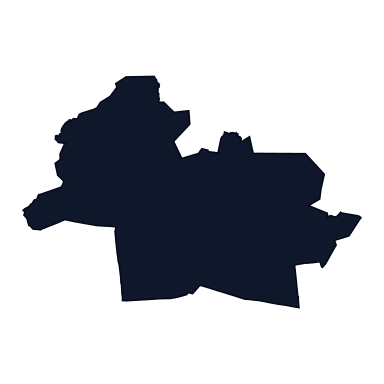 Veclaicenes pag., Aluksne, Latvia
{"feature_id": "27541924B82346412171752", "entity_name": "Veclaicenes pag.", "entity_type": "district", "adm_level": 2, "iso_a3": "LVA", "parent_name": "Latvia", "parent_adm1": "Aluksne", "projection": "orthographic", "projection_center": [26.921, 57.59], "detail": "fine", "context": "isolated", "style": "filled", "palette": "ink", "viewbox_px": 384, "rotation_deg": 0, "n_neighbors": 0, "source": "geoboundaries", "source_scale": "gbopen_adm2", "svg_char_len": 5406}
<svg xmlns="http://www.w3.org/2000/svg" viewBox="0 0 384 384"><path d="M28.7,225.4L30.4,226.0L30.9,226.8L31.0,226.8L32.8,229.0L34.6,229.3L37.8,229.4L40.4,229.9L41.0,229.4L46.4,227.2L56.8,223.1L64.9,219.6L66.0,219.8L74.8,221.7L77.4,222.1L85.5,223.6L97.2,225.6L111.4,226.4L116.0,226.9L115.0,231.6L115.4,235.1L115.5,236.3L115.7,237.9L115.9,241.3L116.8,249.4L117.1,252.8L117.7,256.3L118.1,260.4L118.3,261.6L119.0,264.1L119.7,268.9L119.8,270.2L119.9,270.9L120.2,273.2L120.4,275.3L120.6,276.4L121.0,283.2L121.5,284.8L122.0,294.1L122.2,295.4L122.5,297.6L122.5,299.1L122.4,300.6L126.4,300.8L131.0,300.5L154.3,299.1L156.3,298.9L162.7,298.6L170.0,298.5L177.4,297.2L180.8,296.3L186.7,294.6L188.7,292.3L189.5,292.9L192.7,293.7L193.6,292.5L194.6,291.5L199.9,285.3L202.2,285.9L208.7,287.8L216.8,290.4L222.2,292.0L229.7,294.4L232.5,295.2L236.1,296.4L242.8,298.5L244.9,299.2L248.8,299.4L254.5,300.1L258.8,300.5L267.2,302.1L269.5,302.6L277.7,304.1L285.5,305.2L292.8,306.6L299.0,307.7L298.5,302.4L298.2,296.6L298.3,296.5L297.8,296.0L297.0,288.0L296.9,288.0L296.8,286.6L296.1,279.0L294.6,265.0L298.4,264.3L302.7,263.6L305.6,263.0L306.3,263.3L306.5,263.2L312.6,262.7L319.5,261.8L319.8,261.9L320.3,262.5L321.3,266.2L321.7,266.6L321.8,267.1L322.6,267.4L324.5,264.8L324.9,264.5L325.1,264.4L325.5,263.9L329.4,257.0L332.2,251.9L335.4,246.4L336.2,245.2L334.6,240.3L345.2,237.1L346.2,236.8L349.0,235.9L358.1,221.8L361.0,217.6L358.5,215.9L341.2,212.9L340.6,212.2L339.7,213.4L338.5,214.7L337.3,215.9L336.5,216.4L336.1,216.6L335.5,216.8L334.4,216.8L333.4,216.5L331.6,215.8L330.9,215.7L330.4,215.7L329.5,216.0L329.1,216.2L328.6,216.7L327.8,217.6L327.3,213.2L308.6,205.6L319.7,199.1L320.9,189.5L324.3,174.3L305.3,153.6L295.3,153.6L253.2,153.4L249.5,136.7L242.0,141.4L241.9,141.1L241.2,141.0L240.8,140.8L240.8,140.7L240.7,139.9L240.8,139.6L241.3,139.0L241.4,138.7L240.8,138.0L240.3,137.1L239.3,136.6L239.1,136.6L238.7,137.5L238.3,136.5L238.1,136.2L238.1,135.7L237.9,135.5L237.2,136.0L237.1,135.9L237.0,135.6L237.0,135.4L237.1,135.1L237.2,134.9L237.3,134.7L237.9,134.2L238.0,134.1L237.8,133.9L237.4,133.7L236.6,133.8L236.5,133.7L236.4,133.6L236.2,133.0L236.2,132.9L235.9,133.1L235.3,133.2L234.8,133.1L234.1,132.9L233.9,133.0L233.6,133.4L233.5,133.5L233.3,133.4L233.3,133.2L233.4,132.8L233.3,132.6L233.1,132.5L232.8,132.6L232.6,132.9L232.4,133.0L231.6,133.0L231.1,132.7L230.7,132.8L230.1,133.1L230.2,133.5L230.3,133.7L230.2,134.6L230.0,134.8L229.7,134.8L229.5,134.6L229.4,134.6L229.3,134.2L229.0,134.0L228.2,133.3L227.6,133.0L227.0,132.7L225.3,132.3L224.7,131.9L224.5,132.1L224.4,132.2L224.5,132.5L224.2,133.9L224.1,134.2L223.8,134.8L223.1,135.8L222.1,136.7L221.6,137.3L221.3,137.8L220.8,139.1L218.0,152.9L207.9,151.6L208.0,150.2L201.9,148.7L198.2,153.7L195.5,154.3L181.8,158.4L173.6,141.4L189.8,124.2L188.8,110.7L174.0,112.3L163.6,102.1L161.1,102.5L161.1,102.3L161.1,102.2L160.9,102.1L160.3,102.4L159.8,102.9L159.6,102.8L159.4,102.3L159.3,102.1L158.8,101.8L159.0,100.9L158.7,100.1L159.0,99.6L159.3,99.0L159.3,98.9L158.9,97.6L158.8,97.3L158.8,96.8L158.6,96.2L158.6,95.6L158.6,95.0L158.8,94.2L158.8,93.9L158.3,92.9L157.6,92.1L157.5,91.7L157.5,91.4L157.7,91.1L158.1,90.7L158.2,90.3L158.1,90.1L157.8,89.9L157.6,89.6L157.6,89.4L158.2,88.3L158.3,87.2L159.1,87.1L159.1,86.9L159.0,86.7L159.0,86.3L158.8,85.8L158.8,85.4L158.9,85.2L159.3,85.2L159.4,84.8L159.2,84.6L158.9,84.3L158.8,83.7L158.6,83.3L158.2,83.1L157.9,82.9L157.7,82.7L157.3,82.5L156.7,82.1L156.7,81.8L156.7,81.5L156.6,80.7L156.7,80.4L156.6,80.0L156.3,79.5L155.3,78.5L155.0,78.0L154.7,77.1L154.5,76.9L154.1,76.8L154.0,76.7L154.1,76.4L126.0,76.9L115.7,83.6L116.9,87.3L110.1,96.4L100.4,102.4L96.9,107.8L93.1,109.7L93.1,109.9L91.8,110.0L90.7,110.3L85.4,112.0L82.4,112.9L81.0,113.5L79.7,114.1L79.2,114.5L77.6,118.3L77.1,118.9L76.5,118.9L74.0,118.7L73.3,118.7L73.1,118.8L73.1,119.0L72.6,119.6L72.3,119.8L72.2,120.0L71.9,120.2L71.6,120.7L70.9,120.5L70.6,120.4L70.5,120.2L70.5,119.9L70.2,120.0L69.8,120.2L69.7,120.0L69.4,120.2L69.6,120.5L69.4,120.7L69.8,120.9L69.8,121.0L69.3,121.0L69.1,120.8L69.1,121.1L68.7,121.2L68.3,121.3L68.0,121.2L67.9,121.4L67.7,121.6L67.7,121.9L67.5,122.0L67.3,122.1L67.1,121.9L66.8,121.9L66.8,122.0L66.8,122.5L66.9,122.8L66.8,123.0L66.7,123.0L66.4,123.0L65.6,123.2L65.3,123.1L65.1,123.3L65.1,123.5L65.3,123.8L64.5,124.4L64.4,124.6L63.3,125.8L63.2,126.1L63.0,126.8L62.6,127.1L62.2,127.7L62.1,128.3L61.6,128.8L61.6,129.0L61.6,129.3L61.2,130.3L61.1,131.0L61.2,131.3L61.6,131.4L61.7,131.5L61.9,131.8L61.9,132.3L61.8,132.8L61.6,133.1L60.5,133.5L59.9,133.9L59.3,134.5L59.4,134.8L59.9,135.6L59.9,135.8L59.8,136.1L59.5,136.3L59.1,136.4L57.4,135.6L57.0,135.5L56.2,135.6L56.1,135.9L55.7,135.9L55.4,136.2L55.4,136.4L55.7,136.7L55.8,137.0L55.3,138.6L55.4,139.4L55.6,139.6L56.1,139.9L57.2,140.5L57.3,140.7L57.4,141.5L57.6,141.8L58.8,142.6L64.8,143.3L60.0,154.0L60.2,159.5L55.1,163.3L57.7,175.3L63.7,181.1L62.6,184.9L60.9,187.2L39.4,194.7L38.8,194.5L38.6,194.8L38.3,195.2L38.1,195.6L37.9,196.1L37.9,196.6L37.8,196.8L37.0,198.6L36.7,199.0L35.9,199.5L34.7,199.8L34.3,200.0L34.1,200.2L33.5,201.1L32.9,202.1L32.1,203.7L31.9,203.9L31.1,203.9L30.8,204.0L30.6,204.3L30.6,204.7L30.3,205.0L28.8,206.5L28.0,207.1L25.0,208.6L24.0,209.5L23.0,210.3L23.2,210.5L24.4,211.3L24.5,211.4L24.4,212.1L24.8,212.8L24.8,213.1L24.8,213.3L24.0,214.6L23.9,214.9L23.9,215.1L24.0,215.4L24.9,216.1L27.0,218.5L27.3,219.7L27.9,222.4L28.5,224.0L28.7,225.4Z" fill="#0f172a" stroke="#020617" stroke-width="1.5"/></svg>